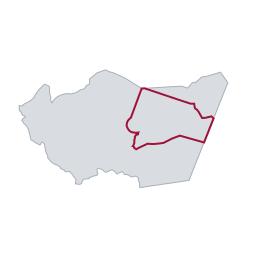 Chad, with Borkou highlighted, rotated 82°
{"feature_id": "TCD-5577", "entity_name": "Borkou", "entity_type": "Préfecture", "adm_level": 1, "iso_a3": "TCD", "parent_name": "Chad", "parent_adm1": "", "projection": "robinson", "projection_center": [18.999, 18.69], "detail": "fine", "context": "in_parent", "style": "outline", "palette": "rose", "viewbox_px": 256, "rotation_deg": 82, "n_neighbors": 0, "source": "natural_earth", "source_scale": "10m", "svg_char_len": 4666}
<svg xmlns="http://www.w3.org/2000/svg" viewBox="0 0 256 256"><g transform="rotate(82 128 128)"><path d="M188.3,74.8L188.4,80.7L188.4,86.6L188.5,92.4L188.5,98.3L188.5,104.2L188.6,110.1L188.6,116.0L188.7,121.8L188.7,123.8L188.5,124.6L188.3,124.8L185.5,124.2L184.3,124.2L182.6,124.7L180.2,124.9L178.6,124.8L177.5,125.8L176.6,127.0L177.1,130.0L177.0,130.9L176.6,131.9L175.9,132.8L175.1,133.5L174.7,134.1L174.1,135.4L173.7,136.0L173.8,136.9L173.6,137.7L173.2,138.2L172.0,138.5L171.3,138.9L170.7,139.5L170.3,140.0L170.5,140.6L170.8,141.4L171.0,142.7L171.1,143.5L171.7,144.1L172.0,144.6L172.1,145.1L171.8,145.6L170.4,146.5L169.9,146.9L169.2,147.3L169.0,147.5L167.9,148.4L167.4,149.2L167.2,149.9L167.2,150.8L167.7,152.2L168.3,153.3L168.5,154.2L168.6,155.2L168.6,156.1L168.3,156.9L167.8,157.6L165.9,158.9L164.9,160.4L164.2,162.2L164.0,163.2L164.2,163.8L164.6,164.4L165.2,164.7L166.0,164.7L167.4,164.4L168.7,164.2L170.1,164.9L170.8,166.4L170.5,167.5L171.0,169.5L171.5,171.9L171.5,172.7L171.7,173.0L172.5,173.2L172.7,173.7L172.5,178.0L172.9,179.1L173.4,180.0L174.1,180.4L174.8,181.0L175.1,181.4L175.9,181.5L176.7,182.2L177.0,183.3L176.9,184.2L176.4,186.4L176.0,187.8L175.5,187.7L174.5,187.4L173.3,187.1L171.8,186.8L170.3,187.4L168.8,188.2L168.3,188.7L167.9,189.1L167.2,189.0L166.6,189.1L166.2,189.6L165.7,190.2L163.4,191.5L162.9,191.9L162.7,192.4L162.7,192.9L162.9,193.9L162.9,195.1L162.4,196.1L161.8,196.8L161.2,197.1L160.6,197.2L160.3,197.6L159.1,199.9L158.6,200.4L157.6,200.3L154.6,203.7L154.3,204.7L153.2,206.2L151.9,207.8L150.7,208.6L150.6,208.9L150.2,209.2L149.5,209.5L146.9,211.5L143.8,211.4L142.4,212.1L141.0,212.5L139.1,212.9L138.5,212.8L136.0,213.0L133.0,212.9L131.9,213.2L130.8,213.9L130.0,214.6L129.9,214.8L130.0,215.1L130.0,215.3L132.1,216.9L132.6,217.7L132.1,218.4L131.8,218.5L131.5,219.2L130.2,221.0L128.4,223.1L127.5,223.7L127.1,224.1L126.6,225.5L126.3,225.7L125.0,225.9L122.5,226.0L119.0,226.5L117.0,226.6L115.7,226.5L113.8,227.5L113.2,227.7L112.8,227.8L111.0,228.8L109.5,230.2L109.0,230.5L106.9,231.1L106.0,232.1L105.6,232.2L104.3,230.9L103.4,229.7L102.9,228.5L102.9,228.1L102.6,228.1L101.9,228.7L101.2,229.3L100.9,230.5L98.7,231.3L96.9,231.9L96.0,232.8L94.7,233.2L93.0,233.0L91.8,232.7L90.5,232.6L91.1,231.5L91.3,230.7L91.4,229.8L91.3,229.1L90.5,228.8L90.1,228.3L89.0,225.2L87.9,222.1L86.3,219.0L84.6,217.0L83.3,215.8L82.9,215.6L82.3,215.2L81.9,214.9L79.6,212.8L77.2,210.4L76.6,209.4L75.4,207.8L74.1,206.1L73.4,205.4L73.1,204.0L74.0,202.8L75.0,201.2L76.2,200.2L77.8,200.1L80.3,200.6L83.1,200.7L85.8,200.4L86.5,200.2L87.2,200.2L88.7,200.6L91.3,200.5L92.6,199.8L91.2,198.8L89.6,197.1L88.2,195.2L87.3,193.6L86.5,191.4L85.8,188.7L85.4,185.3L85.5,183.3L85.7,181.9L86.5,179.6L86.0,178.3L86.1,177.2L86.0,175.6L85.8,174.8L84.8,172.2L84.6,171.9L83.7,170.0L83.3,167.0L82.4,165.0L80.8,164.0L79.9,162.8L79.5,160.7L78.9,160.1L76.4,159.4L74.3,159.4L72.8,157.0L70.9,154.0L69.1,151.1L68.0,145.5L67.3,142.2L68.1,141.2L69.6,138.9L71.5,134.5L75.8,127.7L78.0,124.2L82.4,119.0L87.8,112.5L90.8,108.9L91.3,102.3L91.9,95.4L92.3,90.1L92.8,83.8L93.2,78.6L93.6,74.8L94.0,69.4L94.4,68.4L96.5,64.2L96.6,63.6L96.3,62.9L93.3,59.3L92.4,58.5L91.8,56.7L92.6,55.6L89.1,49.6L88.2,48.8L87.8,48.1L87.8,47.0L87.7,42.9L86.8,36.3L85.6,28.7L89.8,26.5L93.0,24.9L97.1,22.8L100.8,24.9L106.3,28.1L111.7,31.2L117.1,34.3L122.6,37.4L128.0,40.5L133.5,43.6L139.0,46.8L144.4,49.9L149.9,53.0L155.4,56.1L160.8,59.2L166.3,62.3L171.8,65.5L177.3,68.6L182.8,71.7L188.3,74.8Z" fill="#d9dde1" stroke="#a8b0b8" stroke-width="1"/><path d="M133.4,43.6L134.6,44.3L136.0,45.1L137.4,45.9L138.8,46.7L140.2,47.5L141.7,48.3L143.1,49.1L144.5,49.9L145.9,50.7L147.3,51.5L148.7,52.3L150.1,53.1L151.5,53.9L152.9,54.7L142.8,77.7L144.5,85.5L147.7,94.9L147.7,99.5L147.4,105.4L146.3,110.9L149.1,120.0L150.2,122.9L148.4,124.7L147.4,124.8L146.9,125.1L146.3,125.2L146.3,125.3L146.2,125.2L144.9,124.6L144.4,124.1L144.1,124.0L143.8,123.9L142.8,123.7L141.3,123.5L140.7,123.4L140.2,123.1L138.8,122.6L137.9,122.5L137.7,122.4L136.2,121.3L136.0,121.1L135.9,120.9L135.8,119.6L135.7,119.3L135.7,119.2L135.4,119.0L135.4,118.9L134.9,118.7L134.7,118.7L134.4,118.8L134.2,118.7L133.9,118.5L133.9,119.9L133.7,121.5L132.8,124.4L132.5,125.2L131.9,126.0L130.6,127.2L130.1,127.5L128.9,128.1L126.6,128.9L126.3,129.0L125.3,129.0L122.9,128.4L122.2,128.0L120.8,127.1L119.7,125.9L118.8,124.7L118.3,123.8L118.2,123.7L104.6,116.4L91.0,109.1L90.8,109.0L90.8,108.8L90.8,108.5L90.9,107.9L90.9,107.3L91.0,106.7L91.0,106.1L100.1,87.9L106.4,75.3L112.6,62.7L113.2,59.1L116.6,59.1L118.0,58.8L119.4,57.2L121.6,55.9L125.9,54.2L128.4,53.2L128.7,50.3L128.4,47.1L128.1,43.8L130.4,41.9L131.8,42.7L133.2,43.5L133.4,43.6Z" fill="none" stroke="#9f1239" stroke-width="2"/></g></svg>